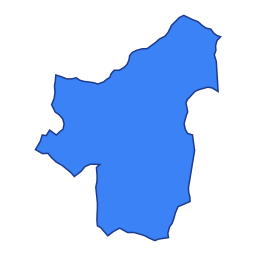 the district of São Patrício, Goiás, Brazil
{"feature_id": "56859067B14313770509558", "entity_name": "São Patrício", "entity_type": "district", "adm_level": 2, "iso_a3": "BRA", "parent_name": "Brazil", "parent_adm1": "Goiás", "projection": "robinson", "projection_center": [-49.834, -15.366], "detail": "fine", "context": "isolated", "style": "filled", "palette": "blue", "viewbox_px": 256, "rotation_deg": 0, "n_neighbors": 0, "source": "geoboundaries", "source_scale": "gbopen_adm2", "svg_char_len": 1490}
<svg xmlns="http://www.w3.org/2000/svg" viewBox="0 0 256 256"><path d="M220.6,36.8L217.0,35.5L213.9,33.3L210.8,29.1L205.9,28.1L201.8,25.1L198.1,21.8L191.9,19.3L183.8,15.4L179.2,17.6L175.3,21.6L171.6,25.3L168.1,32.4L165.0,36.2L159.3,39.1L155.4,42.6L151.4,45.5L147.2,48.6L142.1,48.8L136.7,50.3L132.3,52.4L129.7,55.5L128.9,60.3L127.0,64.5L124.1,67.4L119.2,70.2L114.1,70.3L111.2,73.6L109.8,77.4L106.3,79.6L103.6,81.9L97.8,84.0L94.1,82.8L88.3,81.9L84.5,81.5L79.7,80.2L76.3,77.8L72.1,78.8L66.9,79.0L61.4,76.7L55.8,75.0L55.4,80.4L54.5,86.0L55.0,92.5L54.1,98.6L51.6,104.7L55.2,112.0L59.4,115.0L62.7,118.8L64.1,123.9L63.0,129.3L60.1,131.4L56.3,135.0L52.5,132.2L49.6,130.1L46.2,135.6L42.2,135.0L40.3,141.4L35.4,149.6L42.5,153.6L47.9,153.4L51.6,157.7L56.1,162.0L62.3,165.5L70.9,172.6L74.3,176.5L80.9,171.5L85.0,166.6L90.6,164.1L94.8,164.3L99.8,164.5L96.4,167.6L97.1,175.5L97.0,181.3L95.8,187.2L97.4,202.8L97.4,208.5L97.1,213.8L96.9,220.1L97.4,225.8L100.8,227.7L107.8,235.8L113.6,231.4L119.6,228.1L127.6,232.5L134.1,232.5L141.7,234.7L145.2,235.9L149.2,238.1L154.9,240.6L158.5,239.1L168.5,237.6L167.8,233.5L169.5,226.9L172.1,223.4L173.9,218.4L175.3,213.1L178.0,206.7L190.1,201.5L189.9,197.0L188.7,192.7L188.4,188.0L194.6,150.5L192.5,134.9L187.6,133.5L185.3,129.4L184.1,123.5L186.3,115.4L187.7,111.9L186.0,103.0L187.4,99.6L195.2,91.2L200.1,89.3L207.8,87.2L212.1,87.9L218.1,91.5L216.3,61.6L214.3,54.8L215.9,50.5L215.6,45.7L217.0,40.5L220.6,36.8Z" fill="#3b82f6" stroke="#1e3a8a" stroke-width="1.5"/></svg>